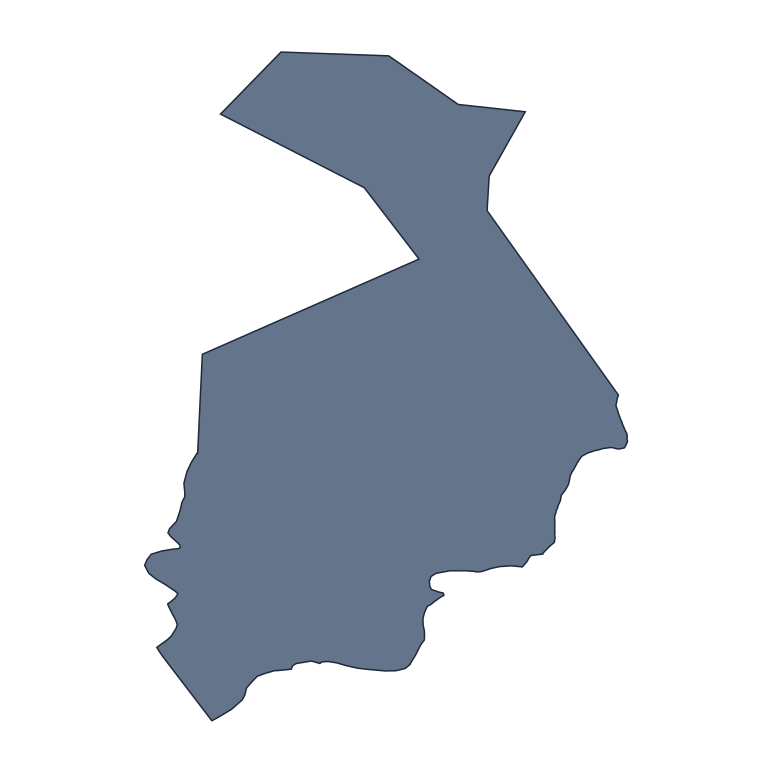 the district of Sarot, Anse-la-Raye, Saint Lucia, rotated 269°
{"feature_id": "8701671B47130122414504", "entity_name": "Sarot", "entity_type": "district", "adm_level": 2, "iso_a3": "LCA", "parent_name": "Saint Lucia", "parent_adm1": "Anse-la-Raye", "projection": "natural_earth1", "projection_center": [-60.988, 13.942], "detail": "fine", "context": "isolated", "style": "filled", "palette": "slate", "viewbox_px": 768, "rotation_deg": 269, "n_neighbors": 0, "source": "geoboundaries", "source_scale": "gbopen_adm2", "svg_char_len": 3121}
<svg xmlns="http://www.w3.org/2000/svg" viewBox="0 0 768 768"><g transform="rotate(269 384 384)"><path d="M211.2,539.8L211.7,539.6L218.9,546.9L222.8,551.6L225.4,552.0L227.4,552.4L229.4,552.0L232.7,552.3L234.8,552.1L242.7,552.4L246.8,552.3L249.1,552.4L252.2,553.6L254.7,554.1L256.7,555.3L258.8,555.8L261.6,557.0L263.5,558.0L265.6,558.6L268.1,559.0L269.8,559.4L270.9,560.4L272.6,561.7L274.7,563.4L276.5,564.5L279.7,566.3L281.3,567.0L283.5,567.5L285.9,568.0L289.3,568.7L290.6,569.5L292.8,570.4L294.7,571.9L297.7,573.5L299.7,574.7L301.8,575.8L303.5,577.0L306.1,578.8L308.5,580.7L309.5,582.8L310.6,584.6L311.9,587.8L312.7,590.7L313.5,592.9L314.1,595.8L314.7,598.7L315.6,601.5L315.8,603.4L316.1,605.8L316.6,609.8L316.1,612.4L315.4,614.8L314.9,617.0L315.3,620.2L316.0,623.3L317.8,624.4L320.1,625.5L322.2,626.5L323.2,626.3L325.2,626.0L327.6,626.3L330.7,625.8L332.9,624.5L334.8,623.8L336.9,622.9L339.4,621.9L342.8,620.9L344.7,619.9L346.6,619.3L348.2,618.7L351.5,617.6L353.6,617.1L355.9,616.3L357.8,615.7L359.1,615.6L361.4,616.2L363.9,616.6L364.7,616.7L368.8,618.2L555.5,490.1L590.1,492.8L653.7,530.0L662.2,463.1L712.0,394.5L717.7,286.8L656.7,225.2L610.9,311.0L580.6,367.7L508.3,421.2L416.9,202.9L318.6,196.5L318.1,196.5L318.0,195.9L316.5,194.8L315.5,194.2L308.5,189.7L299.7,185.4L298.9,185.2L288.3,182.2L285.6,182.4L278.4,183.0L274.4,182.7L269.5,180.0L260.8,177.8L250.3,174.1L249.7,173.5L246.6,170.5L243.0,167.0L241.5,166.5L238.9,165.4L235.0,168.3L230.9,172.8L226.6,177.0L224.1,177.6L223.8,177.0L223.0,175.4L222.8,173.2L222.5,169.6L220.9,158.8L217.9,148.3L212.3,143.9L206.9,141.5L202.4,143.7L201.3,144.3L198.7,145.7L193.7,151.7L192.9,152.7L192.2,153.9L187.6,161.4L180.6,171.4L178.0,174.2L175.3,172.7L174.3,171.8L173.2,170.9L169.7,166.5L168.4,164.5L168.0,164.0L167.4,164.1L166.6,164.2L163.4,165.7L157.7,168.4L152.7,171.1L150.6,171.9L147.3,173.1L145.6,172.6L143.5,172.0L135.7,166.9L131.9,162.7L127.0,155.6L124.6,152.3L121.5,154.0L115.7,157.8L50.3,206.0L50.6,206.6L53.9,212.9L61.5,226.0L63.5,228.4L70.6,236.7L75.3,239.4L76.5,239.7L82.5,241.3L85.6,244.1L87.2,245.5L92.7,250.9L94.0,252.2L95.1,255.4L96.1,258.0L99.2,269.0L99.4,273.6L99.5,274.8L99.7,277.7L100.5,286.4L102.4,287.1L103.6,287.6L104.3,288.5L106.0,291.2L108.0,304.6L108.3,306.5L105.7,315.0L107.2,317.0L107.4,320.5L107.5,323.2L106.7,327.9L106.0,331.7L104.6,336.4L103.1,341.2L101.8,346.4L100.3,352.8L99.3,360.0L98.7,365.0L98.1,370.7L97.1,379.9L97.1,390.9L98.0,395.0L99.2,400.3L101.7,403.4L102.9,404.9L107.0,407.3L112.7,411.0L122.4,416.1L127.3,419.8L128.7,419.9L130.7,420.1L136.2,420.1L142.4,418.9L149.2,418.9L155.4,420.7L158.0,422.0L161.4,423.8L162.0,425.9L165.3,430.3L165.9,431.1L166.6,432.1L169.5,436.3L169.9,436.9L171.6,440.2L173.9,439.6L174.1,438.9L175.2,434.7L177.8,427.7L181.5,426.2L182.8,426.1L185.9,425.9L190.8,427.7L193.7,432.6L194.0,434.1L196.1,446.6L196.0,452.0L195.8,462.5L195.5,466.2L195.3,469.8L194.9,471.6L194.5,473.1L194.6,476.3L194.8,478.6L196.4,483.7L197.6,487.4L199.4,496.3L199.7,502.7L200.0,507.9L199.2,515.2L198.7,519.1L202.3,522.4L203.4,523.4L204.1,523.9L207.3,525.8L209.9,527.7L211.2,539.8Z" fill="#64748b" stroke="#1e293b" stroke-width="1.5"/></g></svg>